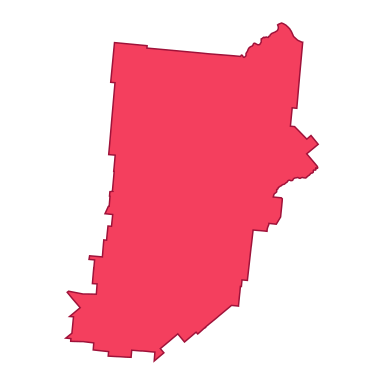 the district of Richmond, Queensland, Australia
{"feature_id": "25037944B62712341328684", "entity_name": "Richmond", "entity_type": "district", "adm_level": 2, "iso_a3": "AUS", "parent_name": "Australia", "parent_adm1": "Queensland", "projection": "mercator", "projection_center": [143.266, -20.57], "detail": "fine", "context": "isolated", "style": "filled", "palette": "rose", "viewbox_px": 384, "rotation_deg": 0, "n_neighbors": 0, "source": "geoboundaries", "source_scale": "gbopen_adm2", "svg_char_len": 5492}
<svg xmlns="http://www.w3.org/2000/svg" viewBox="0 0 384 384"><path d="M147.1,45.7L145.1,45.5L114.5,42.6L110.7,82.3L115.0,82.7L112.3,113.5L111.4,123.9L109.6,144.8L108.7,154.6L114.9,155.1L115.2,155.2L114.1,167.5L113.7,171.4L114.2,171.4L112.4,191.2L112.5,191.3L111.8,191.3L111.6,191.4L110.4,191.7L110.0,191.6L109.9,191.7L109.7,193.9L109.5,196.1L110.0,196.2L109.2,206.2L108.7,206.1L108.3,206.5L105.0,213.7L112.7,214.5L111.5,226.3L108.0,226.0L107.0,235.5L106.6,240.2L103.8,239.9L102.9,250.4L102.6,254.2L102.4,256.4L102.4,256.9L89.6,255.8L89.0,259.4L94.6,259.9L93.8,268.6L93.7,268.5L92.4,283.6L97.1,283.9L96.4,293.3L96.3,294.2L87.4,294.0L83.0,294.0L68.6,291.2L67.2,292.3L72.8,299.1L80.2,307.7L69.6,316.5L73.5,316.8L71.9,333.2L65.8,338.1L70.9,338.6L70.7,341.3L72.9,341.4L81.6,341.6L83.6,341.6L83.9,341.7L93.7,342.9L93.7,343.5L93.3,348.8L93.2,349.9L99.3,350.6L108.6,351.6L108.5,353.0L108.4,353.7L108.2,356.1L114.9,356.5L117.1,356.6L119.9,356.7L125.7,357.1L131.1,357.3L131.7,350.2L141.4,351.0L141.6,350.9L145.4,351.2L151.2,351.8L154.9,352.1L154.2,361.0L163.9,352.8L160.3,348.6L169.2,341.2L177.8,333.9L184.5,342.0L195.8,332.4L196.1,332.2L197.7,334.0L199.8,332.2L204.4,328.0L204.7,328.1L205.7,327.3L205.5,327.0L209.6,323.6L216.7,317.8L218.9,315.9L223.0,312.5L224.2,311.5L227.2,309.0L231.5,305.4L236.9,305.9L238.5,306.1L238.5,305.5L239.7,293.5L239.8,292.9L240.4,286.4L241.4,286.5L242.0,279.9L247.4,280.4L247.4,280.2L251.2,246.2L251.3,245.9L253.1,230.0L253.4,230.0L253.6,230.1L253.8,230.1L254.1,230.1L257.2,230.4L260.0,230.6L264.4,231.0L267.0,231.3L267.2,229.0L267.7,227.3L268.3,225.8L268.4,225.5L268.5,225.4L268.7,224.9L268.9,224.0L268.9,223.4L276.3,224.2L280.6,217.0L281.0,212.9L281.6,207.2L282.2,200.9L282.3,198.8L281.3,197.8L273.2,197.0L273.2,196.9L273.4,196.6L273.5,196.5L273.5,195.9L273.6,195.6L273.7,195.3L273.8,195.0L273.9,194.6L274.0,194.3L274.4,193.8L275.1,193.2L275.4,193.0L275.8,192.7L276.3,192.2L276.5,192.0L276.6,191.9L276.6,191.7L276.7,191.3L276.7,191.2L276.8,190.8L276.7,190.4L276.6,190.2L276.6,189.9L276.7,189.6L276.8,189.5L277.1,189.3L277.3,189.3L277.6,189.1L277.9,188.8L278.0,188.6L278.1,188.4L278.1,188.1L278.2,187.8L278.2,187.7L278.3,187.6L278.5,187.4L278.7,187.2L279.1,187.1L279.3,186.9L279.6,186.7L279.8,186.5L280.0,186.3L280.2,186.2L280.8,186.0L281.0,185.9L281.3,185.7L281.5,185.6L281.7,185.4L281.9,185.2L282.0,185.1L282.2,184.9L282.7,184.6L283.0,184.5L283.6,184.4L283.8,184.4L284.1,184.3L284.3,184.2L284.5,184.1L285.0,183.7L285.5,183.2L285.9,182.9L286.4,182.6L286.6,182.5L286.9,182.3L287.1,182.1L287.3,181.8L287.5,181.4L287.6,181.2L287.9,181.0L287.9,180.9L288.1,180.7L288.3,180.5L288.5,180.4L289.2,180.2L289.6,180.2L289.8,180.2L290.1,180.3L290.4,180.5L290.6,180.6L290.9,180.7L291.5,180.6L291.9,180.6L292.4,180.4L292.8,180.1L292.9,179.9L293.0,179.7L293.1,179.4L293.3,179.1L293.5,178.8L293.7,178.7L294.2,178.3L294.6,178.1L295.1,178.0L295.5,177.9L295.9,177.8L296.3,177.8L296.7,177.7L297.2,177.6L297.6,177.5L297.9,177.5L298.2,177.6L298.5,177.8L298.9,178.0L299.0,178.1L299.3,178.2L299.6,178.2L299.9,178.3L300.2,178.3L300.4,178.2L300.6,178.1L300.9,177.9L301.2,177.8L301.5,177.6L302.4,177.5L302.6,177.5L303.0,177.6L303.3,177.7L303.7,177.8L304.7,177.9L304.9,177.9L305.1,178.0L305.3,178.0L305.5,178.0L305.9,177.9L306.2,177.7L306.3,177.6L306.4,177.3L306.5,177.2L306.8,177.0L306.9,176.9L307.2,176.8L307.3,176.7L307.5,176.6L307.6,176.4L307.8,176.2L308.1,175.9L308.4,175.7L308.6,175.5L308.9,175.4L309.2,175.2L309.4,175.1L309.5,174.9L309.7,174.7L309.9,174.5L310.0,174.3L310.3,174.0L310.5,173.8L310.9,173.4L311.0,173.3L311.2,173.2L311.5,173.1L311.8,173.1L312.1,173.0L312.4,172.9L312.5,172.9L312.9,172.6L313.1,172.4L313.3,172.1L313.3,171.9L313.3,171.7L313.3,171.2L313.3,170.9L313.4,170.4L313.5,170.2L313.8,170.1L314.0,170.0L314.4,170.0L314.6,170.1L315.0,170.2L315.3,170.1L315.5,170.0L315.7,169.9L315.8,169.8L315.9,169.6L315.9,169.3L315.8,169.0L315.6,168.7L315.5,168.4L315.6,168.1L315.8,167.9L316.0,167.9L316.2,168.0L316.3,168.0L316.6,168.2L316.7,168.3L316.9,168.4L317.0,168.4L317.4,168.3L317.5,168.2L317.7,167.9L317.7,167.7L317.7,167.4L317.6,167.2L317.4,166.7L317.3,166.4L317.2,166.4L316.5,165.4L306.7,153.8L318.2,144.3L311.0,135.5L306.8,139.1L294.6,126.6L290.4,126.2L292.2,107.8L296.8,108.3L299.4,78.3L302.7,42.2L302.0,42.2L298.7,40.7L297.6,40.2L293.6,36.5L293.4,36.1L292.8,34.7L291.6,32.0L290.9,30.7L290.3,29.9L289.5,28.5L288.4,27.6L287.9,26.9L286.7,25.9L285.9,25.1L285.1,24.7L283.6,23.8L281.6,23.0L279.8,23.7L278.4,24.3L277.6,24.9L277.8,25.4L278.1,26.1L278.3,27.2L278.3,28.2L278.1,29.0L277.8,29.8L277.4,30.4L276.7,31.1L275.5,31.7L275.0,32.1L273.2,32.8L272.6,33.1L271.6,33.5L271.3,33.9L271.0,34.2L270.4,34.5L270.3,34.9L270.1,35.4L269.8,35.9L269.4,36.1L269.1,36.2L268.9,36.3L268.6,36.8L268.5,37.2L268.4,37.4L268.0,37.4L267.4,37.3L267.0,37.3L266.6,37.2L266.4,37.0L266.0,37.0L265.7,37.3L265.2,37.4L264.5,37.6L264.3,37.3L263.9,37.2L263.1,37.7L262.5,38.1L262.2,38.5L261.8,38.8L261.3,38.8L261.2,39.1L261.2,39.5L261.2,40.0L261.2,40.7L261.2,42.1L260.4,43.4L259.6,44.6L258.1,44.8L257.4,44.6L255.0,43.3L254.3,43.2L253.7,43.5L253.3,44.1L253.1,44.6L252.9,45.2L252.4,45.9L251.2,46.4L250.1,47.0L249.2,47.7L248.5,48.7L248.1,49.5L247.4,51.3L246.8,52.2L246.1,53.3L246.0,53.7L246.0,55.5L245.8,56.0L245.5,56.3L244.7,57.0L244.4,57.2L244.0,57.4L243.6,57.3L243.3,57.0L242.9,56.3L242.7,55.9L242.4,55.6L242.1,55.2L241.8,55.1L241.4,55.1L241.2,55.5L240.4,56.4L236.9,56.1L232.7,55.7L212.4,54.1L208.5,53.8L200.6,53.0L174.7,50.6L150.5,48.4L146.9,48.1L147.1,45.7Z" fill="#f43f5e" stroke="#9f1239" stroke-width="1.5"/></svg>